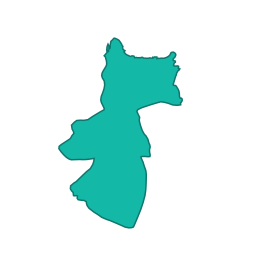 the district of Kampot, Kâmpôt, Cambodia, rotated 224°
{"feature_id": "14789045B30101496421605", "entity_name": "Kampot", "entity_type": "district", "adm_level": 2, "iso_a3": "KHM", "parent_name": "Cambodia", "parent_adm1": "Kâmpôt", "projection": "robinson", "projection_center": [104.179, 10.591], "detail": "fine", "context": "isolated", "style": "filled", "palette": "teal", "viewbox_px": 256, "rotation_deg": 224, "n_neighbors": 0, "source": "geoboundaries", "source_scale": "gbopen_adm2", "svg_char_len": 3762}
<svg xmlns="http://www.w3.org/2000/svg" viewBox="0 0 256 256"><g transform="rotate(224 128 128)"><path d="M106.2,181.3L107.7,182.7L107.6,183.7L107.8,184.7L108.2,185.5L108.8,186.1L109.6,186.6L110.4,186.5L111.1,185.7L111.9,186.1L112.7,186.3L113.4,186.9L114.4,187.9L115.1,188.5L115.8,189.1L116.6,189.6L117.6,190.2L118.6,190.5L119.6,190.9L120.5,191.1L121.4,191.3L122.1,191.6L123.0,191.6L123.8,191.3L124.6,190.5L125.6,190.5L128.5,196.1L129.1,197.0L129.3,197.8L129.9,198.6L130.0,199.5L130.4,200.2L131.0,201.0L131.3,202.0L131.5,202.9L131.8,203.8L131.6,204.8L131.5,205.6L131.8,206.5L132.7,205.9L133.5,206.0L133.8,206.9L134.5,207.5L135.3,207.2L136.0,206.5L136.5,205.8L137.2,205.2L137.9,204.7L138.7,204.7L139.2,205.6L139.7,206.4L139.8,207.2L139.6,208.2L140.4,209.0L141.2,208.6L142.0,208.1L143.0,208.3L143.4,209.1L143.5,210.3L143.4,211.3L144.0,213.1L144.6,214.0L145.5,214.4L146.4,214.5L148.0,214.1L148.9,213.2L149.3,212.3L149.2,211.2L148.7,210.4L148.6,209.4L148.6,208.2L148.8,207.3L149.0,206.4L149.4,205.4L150.0,204.2L150.4,203.3L151.2,202.6L152.0,201.8L152.9,201.0L153.4,200.2L154.2,199.5L154.9,199.0L155.3,198.0L156.0,198.6L156.6,199.1L157.3,198.4L158.3,197.5L158.6,196.6L159.3,196.1L158.6,195.5L159.6,194.6L160.2,194.1L161.0,193.7L161.5,192.7L162.1,192.0L162.8,191.4L163.4,190.7L164.3,190.1L164.9,189.4L165.6,189.0L166.5,189.0L167.2,188.4L167.7,187.6L168.1,186.7L168.8,186.4L169.4,185.8L170.1,185.0L170.8,184.7L171.5,184.0L171.9,183.2L173.0,183.6L173.7,183.8L174.6,183.2L175.3,182.6L175.6,181.8L176.2,181.0L177.0,180.7L177.8,180.6L178.7,180.1L179.5,179.9L180.3,179.7L181.1,179.6L181.9,179.7L183.7,179.9L183.8,181.5L185.4,181.2L186.3,181.1L187.1,181.7L187.8,182.1L188.4,183.2L189.3,183.2L190.2,183.5L190.9,183.9L191.8,184.1L192.9,184.4L194.2,184.6L195.1,184.8L196.0,184.7L197.0,184.5L197.8,184.2L198.8,183.8L199.7,183.5L200.4,183.0L200.5,181.8L200.3,180.6L200.5,179.7L200.5,178.5L200.0,177.6L199.4,176.9L198.9,175.9L198.3,175.1L197.3,174.3L196.8,173.6L196.3,172.7L196.5,171.7L197.3,172.5L198.4,173.6L200.6,174.4L199.8,172.5L199.3,171.6L198.3,170.4L197.7,169.6L196.8,168.8L196.2,170.5L195.2,169.5L195.6,168.5L195.5,167.0L195.3,163.4L193.6,163.4L191.9,162.3L190.0,161.2L189.4,160.7L187.9,159.3L187.2,158.4L186.8,157.4L186.3,155.4L185.6,152.2L184.7,149.4L183.3,147.4L181.2,146.2L177.7,145.3L174.6,142.7L172.5,139.6L170.6,135.6L169.2,132.2L167.1,129.3L164.8,127.8L161.4,126.6L158.6,125.5L157.9,124.3L158.3,123.1L159.1,120.6L160.0,117.2L161.4,112.0L162.6,106.2L165.1,102.8L167.5,100.7L170.1,97.8L170.4,95.9L170.6,94.8L170.6,90.8L167.4,88.4L164.9,87.6L163.3,86.7L163.1,85.0L163.0,83.5L162.3,81.2L162.2,79.9L163.3,74.9L164.5,69.8L164.8,67.0L163.3,65.1L159.6,64.4L156.0,64.1L152.4,64.1L150.9,64.3L149.0,64.7L146.8,65.7L143.8,68.8L140.9,71.8L138.4,74.0L135.9,76.6L133.2,80.0L131.2,82.6L129.5,80.3L128.0,77.3L126.9,72.6L127.5,67.5L127.7,63.0L127.9,57.5L128.0,53.4L128.7,50.7L129.1,46.6L127.2,44.2L125.1,43.6L122.7,43.5L120.2,41.5L119.4,42.0L118.2,43.5L117.2,44.0L116.5,43.1L115.7,42.1L114.0,41.8L112.7,42.7L111.0,43.9L109.3,45.4L106.8,46.0L105.3,44.8L103.5,43.8L100.4,43.2L94.4,43.8L89.0,44.9L84.9,45.5L80.1,47.3L76.5,49.0L70.8,51.2L65.8,53.1L61.3,54.7L58.0,56.8L56.2,58.8L55.4,60.3L55.6,61.4L57.1,65.4L58.9,70.0L62.1,78.0L65.4,84.9L68.9,91.2L72.0,95.5L74.9,98.9L78.4,102.8L82.5,107.2L85.5,109.7L89.9,111.9L93.7,114.0L98.0,115.7L98.7,116.6L96.3,119.1L93.6,121.3L92.4,122.7L93.1,123.8L95.5,125.5L97.4,127.2L98.9,129.8L100.8,131.1L102.3,131.6L104.0,132.6L105.8,133.7L109.6,134.8L111.8,134.8L114.4,135.6L116.5,136.3L121.0,138.6L123.8,140.3L125.6,141.7L127.0,143.7L130.4,145.0L133.2,146.1L133.7,148.1L132.2,152.2L129.5,157.4L127.5,161.2L125.0,165.6L122.8,169.4L120.3,171.4L116.3,173.7L111.8,175.7L108.3,178.6L106.2,181.3Z" fill="#14b8a6" stroke="#0f766e" stroke-width="1.5"/></g></svg>